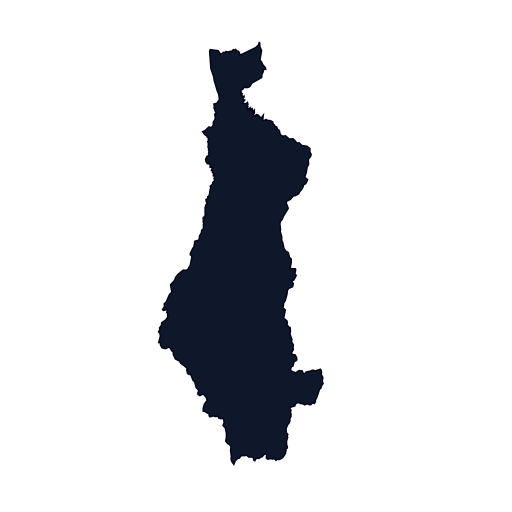 Bellavista, San Martín, Peru, rotated 15°
{"feature_id": "86281439B21945192230195", "entity_name": "Bellavista", "entity_type": "district", "adm_level": 2, "iso_a3": "PER", "parent_name": "Peru", "parent_adm1": "San Martín", "projection": "natural_earth1", "projection_center": [-76.375, -7.551], "detail": "fine", "context": "isolated", "style": "filled", "palette": "ink", "viewbox_px": 512, "rotation_deg": 15, "n_neighbors": 0, "source": "geoboundaries", "source_scale": "gbopen_adm2", "svg_char_len": 6111}
<svg xmlns="http://www.w3.org/2000/svg" viewBox="0 0 512 512"><g transform="rotate(15 256 256)"><path d="M286.1,168.9L283.0,167.5L282.7,166.8L282.9,162.1L282.3,156.6L283.1,154.2L281.7,149.6L281.8,147.9L282.9,146.1L283.0,143.6L281.0,141.4L280.4,138.3L276.9,136.8L271.7,137.4L268.4,135.5L265.9,136.5L264.6,135.0L261.5,133.2L257.9,134.4L253.2,132.2L251.2,133.3L249.4,133.1L247.8,132.1L246.0,128.7L244.2,128.1L242.4,125.9L240.8,126.2L240.2,125.0L238.2,123.8L237.3,122.1L234.7,121.5L232.9,122.0L230.4,121.6L228.8,123.0L227.3,123.0L226.6,118.2L225.4,121.2L224.3,121.1L221.7,119.3L219.9,119.3L218.9,120.5L218.9,121.3L216.5,120.0L216.3,118.8L217.1,118.7L216.6,118.1L217.3,117.8L216.7,115.9L216.4,116.9L215.4,117.5L215.0,116.9L215.4,116.4L214.7,116.1L214.7,115.3L213.9,114.5L212.9,115.3L213.6,116.2L213.1,116.7L211.9,116.2L211.9,114.6L210.3,116.6L210.1,115.7L209.4,115.9L209.5,114.9L209.0,114.4L209.8,113.3L208.8,113.8L209.0,111.5L207.9,109.9L207.1,111.5L203.9,111.8L203.6,110.6L204.8,108.3L203.0,108.2L202.6,107.1L203.3,106.1L203.2,105.4L202.8,106.2L202.7,105.2L201.9,105.0L201.4,106.0L201.0,105.7L201.3,105.1L201.0,104.5L199.3,104.5L199.3,103.5L200.2,104.1L200.7,102.8L199.8,102.6L198.4,99.8L199.9,98.6L200.9,96.1L203.7,95.7L206.0,94.2L207.3,90.0L215.0,82.4L215.3,81.7L214.7,79.1L215.3,76.2L214.7,74.4L217.1,73.0L216.1,71.5L213.1,69.5L211.0,67.0L209.1,65.8L208.2,56.1L205.4,52.6L204.5,49.3L203.9,49.0L203.7,51.7L201.6,54.9L188.6,66.2L188.1,66.3L187.9,64.8L186.9,63.5L185.9,62.8L183.9,62.7L182.9,61.7L182.1,62.6L180.7,62.5L179.8,64.4L178.8,64.7L179.0,65.3L177.8,65.1L177.0,65.9L173.8,66.4L173.0,67.9L171.6,67.8L171.2,69.0L169.3,70.2L166.4,67.5L158.4,68.5L158.2,70.1L163.9,86.6L168.8,93.9L170.0,96.9L176.0,106.7L178.1,109.3L180.2,114.4L178.6,118.7L176.0,120.1L177.1,122.7L177.2,124.1L178.2,124.4L178.3,125.6L180.6,128.4L179.4,129.8L181.0,133.2L180.9,135.3L180.1,137.7L180.8,140.3L180.4,142.6L178.7,143.8L177.1,143.5L174.4,148.0L172.3,149.7L175.0,151.9L177.6,152.9L178.2,153.8L179.2,153.6L179.0,154.2L179.8,154.6L179.8,155.3L180.3,155.2L179.9,156.5L180.4,157.4L179.8,158.0L181.0,159.9L181.5,163.3L182.8,164.8L182.6,165.9L183.5,166.6L183.6,168.8L184.1,168.8L184.5,169.9L184.0,170.7L184.3,171.7L182.7,172.5L182.3,175.9L183.4,178.0L184.3,178.4L184.8,179.3L186.0,179.4L186.6,178.4L188.1,179.9L188.7,182.2L190.0,181.6L191.0,182.6L190.8,184.8L191.7,184.5L192.4,186.7L193.8,187.3L193.9,189.2L194.6,188.9L194.7,189.8L195.5,190.7L195.5,192.4L196.3,193.0L196.6,194.6L195.7,195.1L195.2,196.7L195.6,197.5L193.7,200.5L194.9,202.2L194.9,203.6L194.5,203.6L195.1,209.1L194.8,210.8L194.1,211.1L194.4,213.1L193.0,214.4L194.0,216.6L195.1,217.1L194.8,218.6L195.1,219.0L194.2,219.9L194.6,220.8L194.2,221.9L195.7,227.7L196.6,228.7L196.1,229.3L196.6,231.6L195.2,232.1L195.2,233.6L196.1,235.3L196.0,236.6L196.8,237.3L197.3,240.4L197.7,240.5L198.0,244.1L196.9,245.0L197.2,248.1L196.3,251.0L196.8,255.3L193.1,257.6L193.7,263.3L193.0,264.7L191.9,270.5L192.2,271.8L193.8,272.4L194.4,274.0L194.9,282.7L194.0,284.7L194.1,285.8L192.4,287.9L189.3,288.5L185.4,294.0L184.0,297.2L183.6,300.8L180.9,305.9L184.1,312.8L182.4,315.5L181.2,323.7L179.7,325.8L180.7,328.7L179.6,331.9L180.7,332.5L182.1,331.9L182.7,330.9L184.3,331.3L184.7,332.2L184.3,333.3L185.6,334.7L186.3,336.9L186.3,338.7L185.3,341.2L182.2,344.8L182.6,347.5L181.4,350.5L182.2,351.7L181.5,354.5L183.2,355.5L184.4,358.1L184.4,364.8L186.0,364.6L186.9,366.9L189.0,369.0L192.4,369.0L195.5,366.5L197.2,367.3L198.9,369.1L201.2,370.5L201.6,372.5L204.8,376.3L209.4,377.3L211.1,379.1L212.2,379.0L212.7,380.0L214.2,380.1L218.6,382.4L218.6,384.0L220.2,386.9L221.3,387.6L223.0,387.5L224.1,388.0L227.2,392.2L229.3,393.4L232.3,398.6L235.8,400.8L235.2,402.8L235.8,404.8L238.0,405.4L240.8,402.8L244.7,405.7L246.2,408.1L244.5,412.4L244.4,416.4L245.1,419.5L246.7,419.3L249.6,420.3L251.5,420.3L252.0,422.3L252.8,423.1L253.9,423.0L255.8,421.5L258.3,421.6L260.8,420.6L262.2,422.3L264.4,422.2L265.7,421.4L267.0,422.1L268.3,425.0L268.0,428.3L270.9,430.1L273.3,434.8L274.4,438.9L274.6,442.6L277.1,444.5L279.3,445.0L281.2,446.5L281.7,450.2L284.2,456.3L284.3,458.1L285.6,460.6L288.5,463.0L289.0,459.1L290.7,456.3L292.0,455.7L293.5,452.6L297.0,451.7L298.2,450.7L301.1,452.1L304.9,451.0L305.7,451.6L306.7,453.8L307.8,454.1L308.5,451.6L309.3,451.0L311.3,450.8L312.8,448.8L313.8,448.5L315.7,444.8L317.8,445.1L318.3,448.5L320.0,449.2L322.8,447.8L324.5,447.9L325.2,447.2L327.4,447.4L328.1,448.2L329.2,446.9L331.1,446.5L332.8,445.3L334.1,443.6L335.5,439.1L335.2,435.6L334.6,434.6L335.7,433.8L335.8,432.6L334.3,430.1L333.4,426.9L333.5,422.8L332.7,422.0L332.9,420.1L331.0,418.8L329.7,415.1L330.2,410.7L331.0,409.4L331.5,406.7L330.8,404.7L331.3,402.1L330.8,399.7L329.6,397.8L329.8,396.1L327.4,393.8L332.3,390.8L332.3,388.8L334.1,386.8L335.3,386.5L337.1,387.0L337.8,386.3L338.8,386.9L339.5,386.4L341.4,387.2L344.2,385.2L344.9,385.8L347.3,385.6L348.7,383.1L350.5,383.4L351.0,381.6L350.7,379.2L351.3,377.1L351.8,368.5L352.9,366.7L352.9,364.6L353.8,361.8L352.3,359.7L352.1,356.2L349.6,353.4L349.5,351.8L348.4,349.4L347.5,348.7L342.5,351.9L341.2,351.4L339.7,351.9L338.9,352.8L334.3,355.2L333.9,356.5L332.6,357.7L330.1,354.9L328.6,355.5L327.7,355.3L325.8,356.9L325.4,358.1L324.2,358.5L320.7,358.2L318.6,357.0L318.9,353.7L320.2,352.7L320.1,347.7L321.4,347.2L322.3,345.8L321.5,343.6L319.4,341.4L316.8,341.7L315.7,341.0L315.4,339.6L316.3,337.0L315.2,333.8L315.2,332.4L312.2,329.1L312.4,327.6L309.0,322.6L308.8,320.0L307.6,316.4L305.9,316.0L305.3,315.3L304.0,315.3L303.4,312.1L302.6,310.6L298.8,308.9L298.3,300.6L295.1,298.9L295.4,297.6L294.9,294.3L295.8,291.6L295.8,284.8L295.2,280.8L296.0,278.8L299.3,276.2L299.2,273.1L296.8,270.6L298.7,269.5L299.9,264.3L298.2,263.4L297.9,259.0L297.3,258.2L292.6,259.2L292.1,258.8L291.7,252.9L290.7,249.6L288.6,248.7L286.4,244.4L283.4,243.5L281.0,241.4L278.3,236.0L276.9,234.5L275.7,230.3L272.9,225.9L273.0,224.6L270.7,218.6L270.6,216.3L271.8,213.9L272.1,210.9L274.8,201.6L271.8,197.4L271.1,195.5L274.5,192.4L276.4,188.5L278.8,187.2L281.1,184.9L281.5,182.7L282.9,179.9L283.7,176.3L283.6,175.8L282.7,175.6L284.8,173.8L285.6,172.4L286.1,168.9Z" fill="#0f172a" stroke="#020617" stroke-width="1.5"/></g></svg>